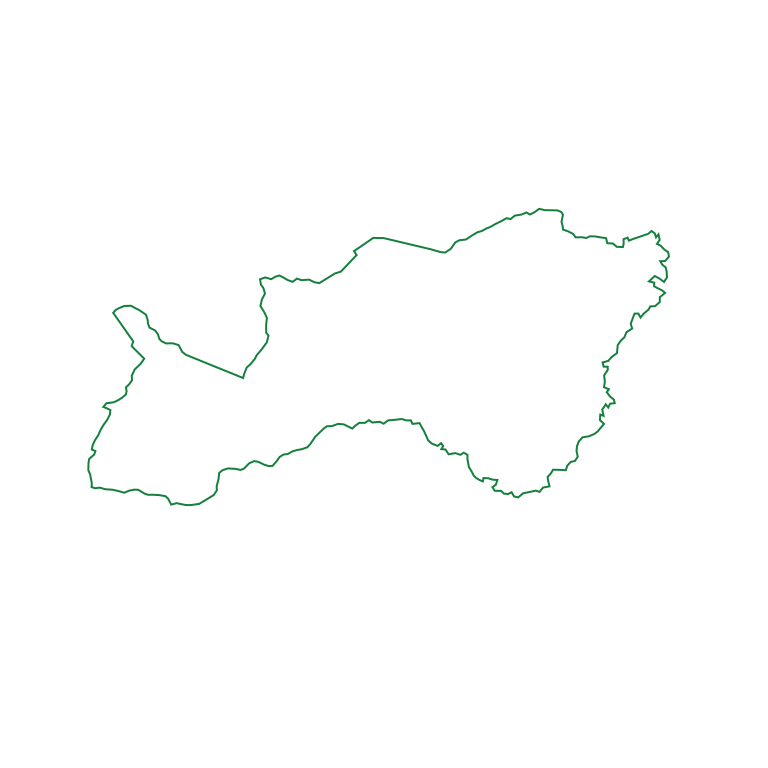 outline of Ventania, Paraná, Brazil, rotated 74°
{"feature_id": "56859067B80922571425855", "entity_name": "Ventania", "entity_type": "district", "adm_level": 2, "iso_a3": "BRA", "parent_name": "Brazil", "parent_adm1": "Paraná", "projection": "natural_earth1", "projection_center": [-50.238, -24.192], "detail": "fine", "context": "isolated", "style": "outline", "palette": "green", "viewbox_px": 768, "rotation_deg": 74, "n_neighbors": 0, "source": "geoboundaries", "source_scale": "gbopen_adm2", "svg_char_len": 4241}
<svg xmlns="http://www.w3.org/2000/svg" viewBox="0 0 768 768"><g transform="rotate(74 384 384)"><path d="M394.0,130.2L388.5,126.1L385.4,123.8L386.4,120.1L390.8,119.1L387.8,114.7L385.4,109.2L382.8,106.7L383.9,101.9L381.2,96.3L376.5,94.9L373.9,88.7L370.5,91.0L367.1,94.8L364.5,97.4L361.1,96.3L358.4,101.0L354.8,94.0L358.5,90.2L363.1,86.7L359.5,82.6L353.7,81.3L349.4,81.1L346.1,83.6L342.1,84.6L343.3,79.9L340.1,75.0L335.5,74.5L332.1,77.4L327.3,79.9L324.6,83.0L321.5,79.3L315.8,78.9L318.0,82.1L313.9,82.2L310.7,84.6L312.5,88.7L312.9,97.1L313.2,103.9L313.7,109.1L310.5,109.5L310.8,113.8L315.3,115.0L318.2,116.6L316.3,122.4L312.0,125.3L310.2,130.6L305.0,130.3L302.8,135.3L300.4,140.2L298.8,145.2L299.4,149.4L297.4,153.5L295.9,159.3L291.8,160.9L287.9,165.1L284.9,169.3L281.1,168.7L277.2,168.7L270.6,165.3L267.4,166.2L264.8,169.7L262.7,176.7L261.2,181.5L258.4,186.6L260.4,192.1L261.3,197.1L258.4,199.7L259.0,205.2L258.2,211.8L260.4,217.0L258.4,220.3L259.8,226.6L261.0,233.2L262.3,238.3L262.8,243.1L263.9,247.7L263.9,252.5L265.6,258.8L267.7,265.4L266.6,271.8L267.5,276.3L272.5,282.6L274.5,289.0L272.7,293.5L270.2,297.4L267.5,301.7L243.7,344.0L240.6,354.0L248.0,376.2L252.5,374.8L264.1,394.5L264.2,400.6L269.2,418.3L267.0,422.8L263.0,427.3L261.5,434.6L258.7,438.6L260.6,443.7L257.4,448.1L253.6,451.7L250.9,454.6L250.9,458.5L252.1,463.6L248.8,468.9L249.2,474.3L254.5,474.9L258.6,473.5L264.3,473.5L269.1,478.1L275.0,481.3L280.1,479.8L283.6,479.0L288.4,478.4L293.9,480.7L297.8,481.9L302.2,483.1L305.7,481.7L311.7,485.2L316.9,491.9L321.3,498.5L324.3,501.3L328.1,506.8L330.3,511.4L335.3,515.3L339.4,517.8L301.3,566.4L297.5,569.1L290.0,570.7L286.7,575.7L284.9,582.3L281.7,585.9L278.9,587.5L274.1,587.6L269.5,589.2L265.2,593.8L261.0,594.2L257.1,593.5L251.8,593.7L248.5,596.4L245.5,598.9L243.1,601.5L239.0,605.8L237.4,612.2L238.1,618.2L239.0,621.8L241.0,624.7L273.9,613.3L278.1,616.1L293.6,607.5L297.6,612.6L301.3,619.6L306.6,624.3L310.7,625.0L314.0,629.0L316.1,633.0L319.9,633.4L322.9,635.0L324.9,639.4L326.3,644.0L327.1,648.8L326.0,656.1L328.7,660.1L331.3,656.7L333.7,654.2L337.8,655.9L342.4,660.2L346.0,664.9L349.8,668.9L354.6,672.9L358.4,677.4L362.5,680.9L366.4,682.9L368.9,679.9L371.9,682.0L374.7,688.0L378.4,689.8L385.4,692.0L390.0,691.4L394.7,691.9L398.8,692.2L402.5,693.5L404.6,690.4L405.3,685.7L408.2,681.2L410.8,674.1L414.1,668.1L416.9,663.7L416.3,658.5L416.7,653.3L417.9,649.5L423.6,644.1L425.5,641.2L426.7,636.9L428.6,631.3L431.5,625.1L434.8,623.1L441.3,621.8L441.4,616.1L443.3,612.6L445.7,607.9L447.1,603.2L448.3,594.8L446.0,586.1L443.8,578.3L440.2,574.0L436.0,573.0L430.3,569.5L424.0,566.9L422.4,563.1L422.1,557.4L424.7,550.0L427.1,545.6L426.7,541.8L423.1,535.6L422.3,530.1L424.1,526.4L428.6,521.3L431.0,517.6L432.0,513.7L428.4,508.2L425.3,504.3L424.1,500.0L424.8,495.8L423.5,490.5L423.5,485.6L424.0,481.3L423.7,475.1L421.6,471.7L415.8,464.6L412.1,457.8L410.1,454.0L408.9,450.5L410.1,445.6L409.7,439.2L411.7,433.8L414.9,430.3L418.1,426.7L416.3,423.4L414.5,418.5L416.1,413.0L414.6,408.4L417.8,405.9L419.2,398.4L422.1,395.3L420.1,390.2L420.9,386.0L421.8,381.2L422.5,376.6L425.0,372.9L426.4,368.2L430.2,367.6L431.4,360.6L436.2,359.6L439.9,358.6L445.8,357.7L450.4,357.1L454.5,354.4L458.3,349.5L456.6,345.4L460.0,344.2L462.4,346.8L463.9,343.0L469.4,341.2L470.1,334.5L473.1,330.1L472.0,326.3L475.1,323.3L479.2,324.5L483.1,324.9L487.1,325.3L492.2,323.9L496.8,323.0L499.8,321.2L502.5,318.8L504.9,315.8L501.8,314.2L503.4,309.7L505.8,306.2L507.5,301.5L511.6,304.2L513.1,308.2L517.2,307.0L519.0,300.9L522.4,299.0L524.0,295.0L523.2,291.2L527.9,290.0L530.0,286.3L527.4,280.4L528.4,267.4L530.6,264.2L527.4,259.7L528.0,253.1L522.0,252.9L518.4,252.3L516.0,248.3L513.0,245.1L515.4,237.3L517.0,233.0L513.0,230.3L510.4,226.0L510.6,221.7L507.3,217.8L501.5,217.4L496.9,215.6L493.1,212.8L490.0,207.9L490.7,201.4L490.0,195.4L488.5,191.7L485.8,187.7L483.0,183.5L478.2,186.4L473.0,184.5L475.1,181.7L468.8,181.3L464.7,176.4L468.4,174.9L465.3,172.1L466.0,167.5L462.3,167.3L458.7,170.0L453.3,172.1L451.0,169.3L447.7,173.4L442.5,171.0L436.5,170.1L432.1,165.0L429.0,164.2L427.9,168.1L423.5,167.9L423.6,162.1L420.8,157.7L418.5,151.5L415.1,150.2L411.0,148.6L407.7,144.5L405.3,140.0L401.0,136.6L399.1,130.2L394.0,130.2Z" fill="none" stroke="#15803d" stroke-width="2"/></g></svg>